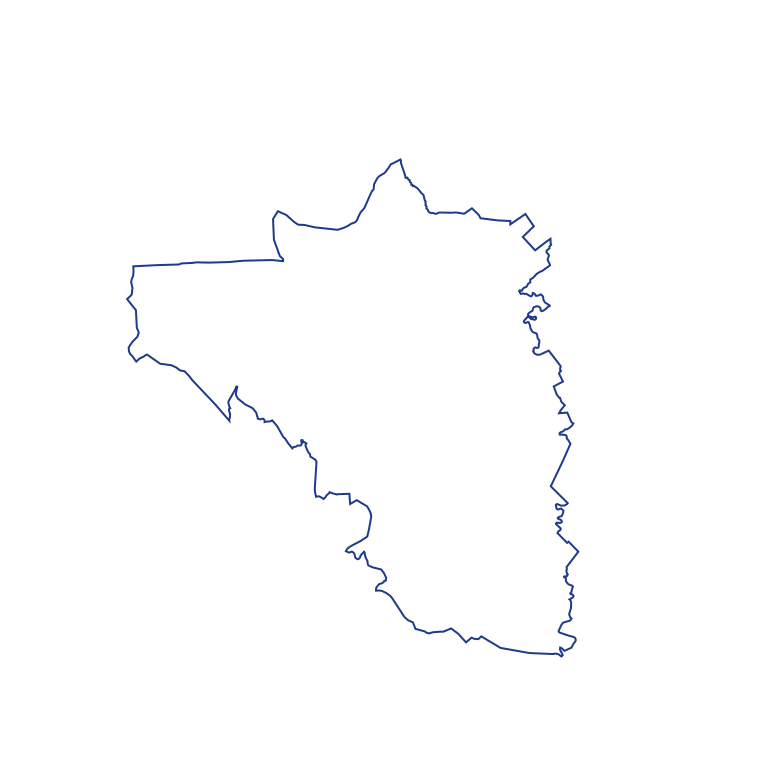 Capalna, Bihor, Romania, rotated 203°
{"feature_id": "2599482B45096841934086", "entity_name": "Capalna", "entity_type": "district", "adm_level": 2, "iso_a3": "ROU", "parent_name": "Romania", "parent_adm1": "Bihor", "projection": "mercator", "projection_center": [22.103, 46.737], "detail": "fine", "context": "isolated", "style": "outline", "palette": "blue", "viewbox_px": 768, "rotation_deg": 203, "n_neighbors": 0, "source": "geoboundaries", "source_scale": "gbopen_adm2", "svg_char_len": 6166}
<svg xmlns="http://www.w3.org/2000/svg" viewBox="0 0 768 768"><g transform="rotate(203 384 384)"><path d="M549.2,501.6L550.6,492.5L541.7,473.8L529.9,461.1L525.8,459.6L524.9,457.7L535.6,454.3L562.1,442.3L573.9,435.9L592.4,427.4L604.4,422.6L607.6,420.6L617.5,415.9L619.6,413.8L638.4,405.2L660.7,394.4L658.4,389.4L657.2,385.5L657.2,382.0L656.5,378.9L653.1,374.2L651.4,368.7L651.3,367.4L651.7,366.1L653.7,361.8L641.2,355.0L633.5,339.2L629.8,335.5L629.5,331.0L631.5,326.0L632.4,323.0L633.3,317.9L631.5,314.3L629.3,312.4L626.7,311.4L620.8,307.8L618.8,312.2L616.1,315.0L614.6,317.6L613.6,318.5L597.9,315.2L587.1,318.2L581.4,318.0L577.1,316.8L572.6,317.8L567.0,315.5L561.9,312.6L531.0,299.1L512.1,289.8L512.4,290.3L512.9,293.5L513.9,296.2L516.2,298.8L516.8,300.5L516.1,301.7L517.1,302.3L519.7,305.5L520.4,307.2L518.8,320.8L518.9,324.0L518.0,324.1L516.6,317.3L515.5,315.6L512.9,313.5L503.8,311.0L495.5,310.4L490.8,307.9L489.4,306.6L488.7,305.3L487.2,303.9L486.7,302.8L484.3,303.0L482.0,304.8L480.5,304.5L479.4,303.3L479.0,302.3L477.8,303.3L474.4,305.0L473.1,306.1L472.8,306.8L472.4,306.7L465.9,303.5L456.3,296.1L453.2,294.8L449.1,292.0L443.2,288.9L442.6,290.6L440.5,292.0L439.5,293.6L436.8,294.7L436.4,295.5L436.3,296.2L436.7,297.4L437.9,299.1L438.1,300.2L436.8,300.4L435.5,298.8L434.6,299.4L432.2,299.0L432.5,297.1L431.1,295.4L427.5,291.9L424.7,290.4L423.4,288.4L417.6,287.5L415.7,285.9L406.8,260.6L405.3,257.6L402.5,253.7L401.0,254.8L399.6,255.2L396.5,255.0L394.9,254.5L394.4,255.1L393.6,257.2L393.4,259.0L391.9,262.0L391.8,263.2L388.0,263.3L384.1,263.9L383.5,264.5L373.0,269.4L368.3,260.3L363.7,266.4L351.8,264.8L347.6,261.6L345.3,259.2L343.9,256.8L341.1,244.6L339.8,237.0L344.1,230.5L350.8,222.3L352.7,219.5L353.4,218.0L353.8,215.3L350.8,215.1L349.8,215.5L348.3,217.0L346.3,217.0L344.5,215.8L343.2,213.7L342.0,212.7L339.8,212.4L339.0,213.0L338.3,214.7L338.5,217.1L336.9,221.8L336.0,221.2L334.6,219.0L332.8,216.8L330.0,214.5L328.3,211.4L327.3,210.9L322.5,210.8L314.2,212.2L310.4,210.1L306.4,206.6L305.5,203.7L306.8,203.0L306.9,201.5L308.4,199.4L310.2,198.0L311.0,195.7L311.5,193.1L310.6,190.7L307.3,192.2L305.0,192.7L300.4,192.5L295.8,191.5L292.9,190.1L274.1,177.5L269.3,175.9L264.3,175.9L259.4,170.9L249.5,172.2L248.6,171.7L245.2,171.9L242.0,174.6L234.2,178.6L232.8,179.0L226.7,185.2L217.8,183.0L207.5,178.2L204.3,184.7L201.4,184.7L197.5,186.0L195.8,189.7L173.6,186.6L144.9,193.2L123.1,201.4L120.5,203.0L117.9,203.4L114.2,202.5L113.5,204.2L118.4,208.5L118.8,210.3L116.5,210.1L113.9,208.8L113.0,209.5L108.4,214.6L108.2,218.3L107.5,221.0L107.3,222.7L107.8,223.9L108.9,224.9L110.4,225.2L117.9,224.3L125.4,223.8L126.4,224.3L126.8,224.8L126.6,231.3L125.9,234.3L120.3,238.9L119.7,241.3L121.4,242.0L123.3,244.0L123.8,245.1L123.9,247.1L124.4,251.0L126.3,255.9L128.1,258.0L129.1,258.2L126.6,261.4L126.7,262.9L128.1,263.9L129.9,263.5L130.6,263.8L130.7,264.6L130.2,265.9L130.7,268.0L131.0,271.4L132.2,271.9L135.8,271.7L137.4,272.3L139.5,273.6L140.4,275.8L141.1,276.5L142.5,276.4L142.9,276.7L142.7,277.5L140.9,278.2L140.5,278.9L140.4,280.5L141.5,280.7L141.9,281.7L142.8,282.7L143.1,283.3L143.3,284.9L144.4,286.8L139.6,305.6L152.5,311.0L153.4,309.3L166.1,314.6L165.8,316.8L164.8,318.1L164.6,319.3L164.9,320.1L171.0,322.3L171.0,323.7L167.8,324.8L167.0,325.3L166.4,326.5L166.9,327.4L168.2,328.1L170.6,327.9L171.6,328.2L171.6,329.2L168.7,332.2L168.8,335.5L169.3,337.5L172.4,338.6L174.6,336.6L175.5,336.4L177.0,337.3L178.6,339.9L178.4,340.5L177.6,341.2L173.5,341.2L170.4,342.7L169.2,344.1L168.5,345.2L168.3,346.1L190.5,355.0L189.3,382.9L189.0,401.8L192.9,404.6L194.5,405.3L195.4,407.2L196.4,407.9L199.1,407.4L202.5,406.1L202.9,406.6L203.1,407.6L202.6,408.5L200.6,410.5L199.5,413.1L197.7,413.9L195.8,416.7L194.6,419.4L194.3,421.7L196.6,422.1L204.1,429.3L211.4,425.5L211.1,428.9L209.3,435.1L213.6,436.8L216.5,439.9L216.7,439.7L217.9,440.1L220.9,441.8L226.8,448.1L220.2,456.2L227.0,462.0L226.9,463.4L226.2,465.2L227.2,465.6L227.6,466.3L228.1,467.7L228.1,468.8L228.4,469.5L245.4,479.1L251.4,472.5L252.7,471.5L255.1,470.6L258.0,471.2L259.5,472.4L259.1,472.7L260.0,475.0L259.9,475.6L259.0,476.8L257.1,477.0L256.1,478.1L256.1,478.6L257.0,480.9L257.1,482.3L258.1,484.9L260.5,486.2L262.3,489.2L263.6,490.1L266.9,489.9L269.1,490.8L271.1,492.7L272.6,495.1L275.0,497.4L275.7,497.4L277.5,495.5L278.5,495.3L279.5,495.7L279.8,496.8L278.1,501.9L276.2,502.2L273.9,501.2L272.1,501.8L270.4,501.9L269.6,503.1L269.6,503.6L270.1,504.7L270.8,505.1L271.6,504.8L273.1,503.4L277.7,503.0L278.3,503.7L278.7,504.7L278.5,505.5L277.5,507.5L276.0,509.1L276.3,511.9L276.1,513.3L273.7,515.3L271.8,515.8L269.8,515.1L268.4,512.8L267.1,512.7L265.8,514.0L264.3,516.5L263.4,518.9L262.0,520.3L262.1,521.0L267.9,522.0L270.1,523.8L271.9,526.7L274.3,527.8L274.9,527.7L276.1,526.1L278.5,524.5L280.9,526.0L282.5,526.0L282.2,523.5L282.5,522.5L283.4,522.0L288.4,522.6L289.5,521.8L291.1,521.8L293.4,520.4L296.0,522.3L295.5,523.4L293.7,523.6L293.3,526.3L292.2,527.9L291.0,528.9L290.6,530.4L290.5,532.5L289.3,534.2L289.1,534.8L290.1,537.0L290.1,537.5L288.2,540.1L286.5,545.0L284.1,548.4L282.7,549.7L277.6,558.0L278.2,559.0L281.4,561.8L282.1,562.8L282.3,566.7L282.6,567.0L286.1,569.0L286.4,570.0L286.2,571.0L284.7,573.4L285.3,574.9L285.3,575.8L284.5,577.4L285.5,578.5L287.5,582.7L290.1,578.6L297.1,566.1L313.7,573.6L307.7,587.7L320.3,595.7L330.1,580.3L331.4,583.4L343.0,579.1L359.9,574.3L362.8,576.6L371.7,580.1L376.7,572.1L384.8,570.0L388.8,568.0L399.3,563.8L400.3,563.3L402.5,561.0L403.8,560.6L405.4,560.7L407.2,559.8L409.4,559.7L410.9,560.5L411.9,561.7L413.4,562.0L413.8,562.6L414.1,564.0L415.8,564.9L415.9,566.1L416.8,567.1L416.9,568.1L418.4,569.2L421.4,573.3L424.5,574.5L429.4,577.2L433.8,578.0L434.8,577.4L435.6,578.5L436.7,578.1L437.7,579.8L439.2,580.2L440.1,581.7L441.3,581.6L443.2,583.1L444.6,582.2L447.0,585.4L452.9,591.9L455.0,594.5L455.7,596.2L456.6,597.1L462.5,590.0L463.5,589.2L464.2,585.2L465.5,579.6L466.3,577.9L469.5,573.6L470.6,570.7L471.2,564.0L469.6,559.0L470.4,556.9L470.6,554.3L470.8,538.5L472.6,532.8L473.0,527.5L472.8,524.4L473.7,521.7L477.0,518.5L478.9,515.6L482.2,511.9L487.0,507.8L508.8,501.2L519.4,499.3L525.3,497.1L530.6,498.2L539.9,501.4L549.2,501.6Z" fill="none" stroke="#1e3a8a" stroke-width="2"/></g></svg>